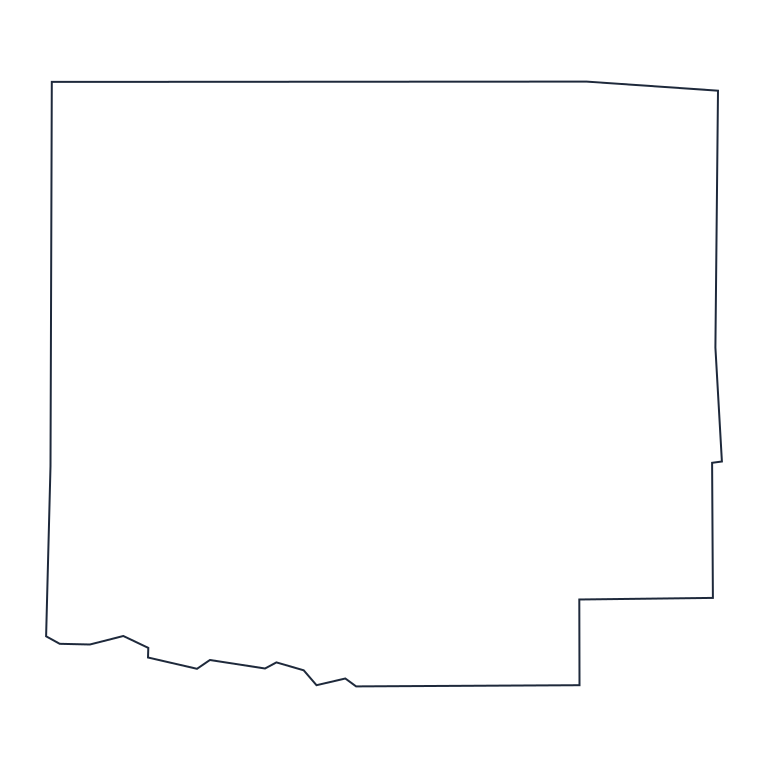 the district of Crowley, Colorado, United States of America
{"feature_id": "52423323B77951538524866", "entity_name": "Crowley", "entity_type": "district", "adm_level": 2, "iso_a3": "USA", "parent_name": "United States of America", "parent_adm1": "Colorado", "projection": "robinson", "projection_center": [-103.821, 38.318], "detail": "fine", "context": "isolated", "style": "outline", "palette": "slate", "viewbox_px": 768, "rotation_deg": 0, "n_neighbors": 0, "source": "geoboundaries", "source_scale": "gbopen_adm2", "svg_char_len": 418}
<svg xmlns="http://www.w3.org/2000/svg" viewBox="0 0 768 768"><path d="M46.1,636.3L59.7,643.8L89.9,644.5L123.3,636.0L148.3,647.9L148.0,657.5L197.0,668.8L209.9,660.0L265.0,668.5L276.4,662.4L303.7,670.3L316.5,685.2L345.3,678.5L356.1,686.4L579.5,685.2L579.3,599.5L712.9,597.9L712.1,462.8L721.9,461.5L715.4,347.5L718.0,90.7L586.6,81.6L51.8,81.9L50.5,466.1L46.1,636.3Z" fill="none" stroke="#1e293b" stroke-width="2"/></svg>